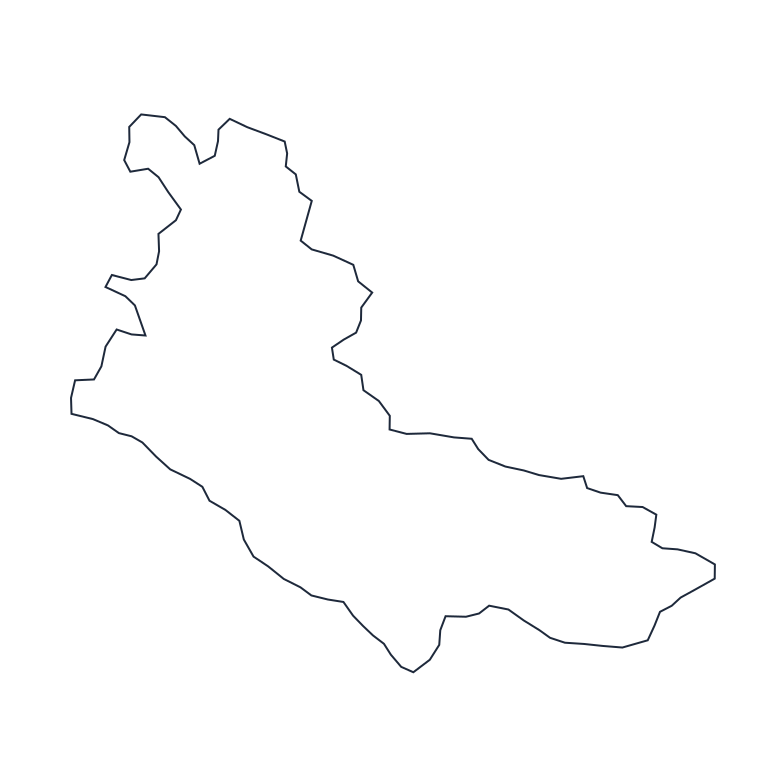 outline of Bom Jesus do Norte, Espírito Santo, Brazil, rotated 85°
{"feature_id": "56859067B21905331277636", "entity_name": "Bom Jesus do Norte", "entity_type": "district", "adm_level": 2, "iso_a3": "BRA", "parent_name": "Brazil", "parent_adm1": "Espírito Santo", "projection": "natural_earth1", "projection_center": [-41.639, -21.075], "detail": "fine", "context": "isolated", "style": "outline", "palette": "slate", "viewbox_px": 768, "rotation_deg": 85, "n_neighbors": 0, "source": "geoboundaries", "source_scale": "gbopen_adm2", "svg_char_len": 1802}
<svg xmlns="http://www.w3.org/2000/svg" viewBox="0 0 768 768"><g transform="rotate(85 384 384)"><path d="M592.6,70.1L579.8,88.5L574.3,106.0L571.9,121.0L564.6,131.1L550.5,126.9L537.9,124.1L529.1,137.1L526.8,153.4L515.1,160.8L511.1,177.7L505.4,190.7L493.2,193.5L493.9,215.8L488.2,237.6L482.3,252.3L476.8,270.3L468.7,286.4L457.1,295.8L446.2,301.4L443.3,318.9L437.1,342.6L435.7,365.8L429.8,382.4L416.2,381.0L400.5,390.6L388.4,405.0L372.9,405.9L362.7,419.7L355.3,431.9L343.2,432.7L336.3,420.3L330.4,407.3L318.7,401.4L305.9,400.0L291.9,387.8L279.5,400.8L262.6,404.2L251.7,423.4L243.6,444.3L233.9,454.5L195.3,440.0L185.1,451.6L167.5,453.6L158.7,462.9L145.9,460.4L133.8,461.8L125.2,479.0L116.2,497.9L106.4,514.6L116.2,526.7L127.6,528.2L141.9,532.7L148.5,548.5L129.5,552.2L120.0,560.9L108.8,568.8L99.1,579.0L94.3,602.4L105.7,615.4L120.9,616.5L138.3,623.3L150.4,618.2L149.0,600.2L158.3,590.6L174.2,582.1L192.5,571.1L202.7,577.0L214.8,595.6L232.2,596.5L245.0,600.2L257.9,613.2L258.4,626.7L251.7,645.6L263.1,653.0L274.0,634.0L284.0,625.3L297.3,621.9L314.9,617.4L312.6,631.2L306.4,645.6L322.5,658.1L341.8,664.0L354.2,672.5L353.4,691.4L370.6,697.0L386.5,697.9L393.6,677.0L401.2,662.6L409.8,652.4L414.1,640.0L421.2,629.8L436.4,617.4L450.4,604.4L461.6,585.5L470.6,573.9L485.1,568.0L495.6,553.0L507.7,540.0L526.7,537.2L544.6,529.0L555.5,515.4L569.5,500.8L579.3,484.9L588.3,474.8L593.8,458.7L597.6,443.4L612.1,435.0L623.3,425.9L633.5,416.9L642.8,406.7L654.2,400.8L667.3,391.5L673.7,379.9L662.7,362.4L648.7,351.7L634.2,349.4L620.7,342.9L623.0,322.6L620.9,309.3L614.0,298.6L619.5,279.7L631.8,265.3L642.8,250.6L651.3,240.7L657.5,226.3L660.4,207.4L664.0,189.0L667.3,169.5L662.3,143.6L648.3,135.6L635.0,128.9L630.0,116.7L622.6,107.1L615.9,91.9L606.7,71.5L592.6,70.1Z" fill="none" stroke="#1e293b" stroke-width="2"/></g></svg>